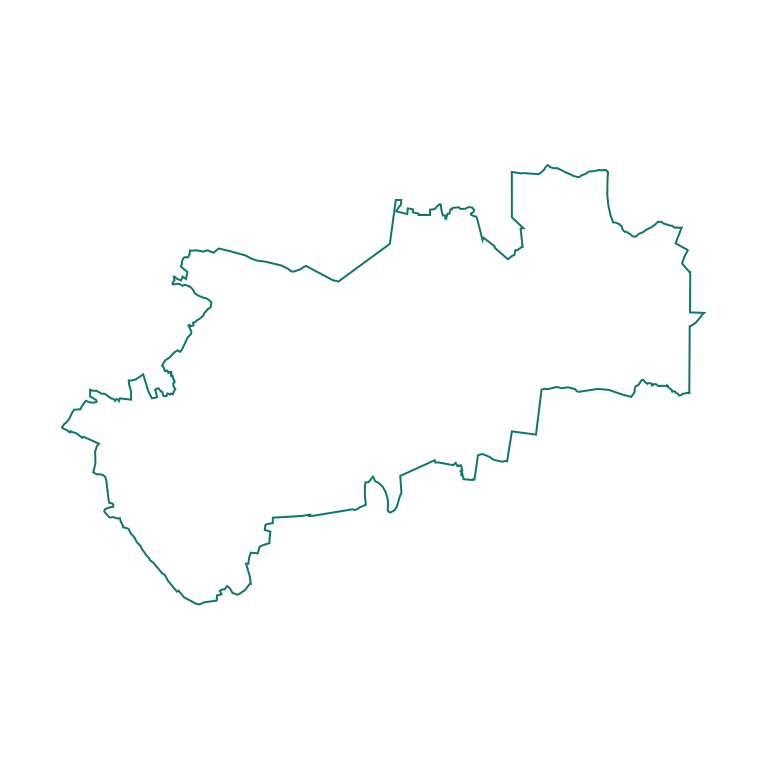 Tileagd, Bihor, Romania (Equal Earth projection), rotated 266°
{"feature_id": "2599482B26148898048823", "entity_name": "Tileagd", "entity_type": "district", "adm_level": 2, "iso_a3": "ROU", "parent_name": "Romania", "parent_adm1": "Bihor", "projection": "equal_earth", "projection_center": [22.211, 47.067], "detail": "fine", "context": "isolated", "style": "outline", "palette": "teal", "viewbox_px": 768, "rotation_deg": 266, "n_neighbors": 0, "source": "geoboundaries", "source_scale": "gbopen_adm2", "svg_char_len": 6114}
<svg xmlns="http://www.w3.org/2000/svg" viewBox="0 0 768 768"><g transform="rotate(266 384 384)"><path d="M519.3,691.8L519.1,690.5L519.4,688.4L519.8,687.7L519.5,687.2L519.8,686.3L519.5,685.5L520.0,684.4L521.7,682.6L522.1,680.4L524.6,674.1L526.4,671.9L526.7,668.5L524.3,665.9L521.6,661.5L519.6,656.4L517.6,653.5L516.1,648.9L513.5,645.6L513.4,644.8L514.2,642.0L516.7,639.8L517.1,638.5L519.1,636.4L518.9,635.0L519.7,634.0L522.4,632.4L524.5,632.2L527.3,629.5L528.9,626.1L529.2,623.8L536.8,621.7L546.3,620.3L556.9,619.9L573.0,621.3L579.7,622.3L579.8,621.8L581.7,620.7L582.3,618.0L581.8,616.1L582.5,613.8L581.7,608.0L581.7,603.3L579.4,599.3L578.2,595.1L577.3,594.3L576.8,592.5L577.1,591.0L578.9,586.2L579.8,585.3L581.7,581.3L587.3,571.9L587.3,568.9L588.8,564.6L589.8,564.3L590.9,562.4L589.0,560.3L586.1,558.2L582.5,553.1L584.6,538.5L584.5,535.7L586.6,526.3L541.3,523.2L529.7,533.9L529.5,531.1L511.1,531.8L511.3,531.3L508.1,526.3L508.4,524.5L503.6,523.0L502.9,520.9L499.8,516.3L512.1,504.0L513.6,504.0L522.9,493.6L520.5,492.4L543.2,488.3L544.8,487.3L545.0,485.6L546.7,482.7L547.5,482.4L548.2,483.0L549.2,485.0L549.9,485.6L551.4,486.0L553.7,484.4L554.5,481.6L554.1,479.2L553.1,477.3L553.2,474.9L553.4,472.3L555.0,471.2L555.0,466.0L554.5,464.0L553.4,463.9L553.6,462.5L549.3,461.1L549.4,459.3L544.4,457.4L545.3,456.6L547.7,457.6L548.0,454.4L553.6,453.4L559.2,453.1L559.4,451.9L558.2,450.0L554.9,446.9L554.7,442.1L549.4,441.7L550.2,430.4L551.4,430.6L553.3,424.8L556.2,425.1L557.5,420.0L551.9,419.0L555.3,408.5L557.3,409.5L560.0,411.7L561.3,413.2L566.3,414.1L566.7,408.6L523.4,399.6L489.4,345.7L491.1,340.3L507.2,314.4L506.1,311.5L504.3,308.9L502.5,302.0L502.6,300.0L503.2,298.6L504.1,298.1L505.5,296.4L509.3,290.1L514.3,274.2L516.0,265.8L518.1,260.9L522.2,254.2L523.7,249.5L525.4,245.3L525.7,243.3L526.6,241.8L530.7,228.5L526.8,223.1L529.7,217.2L528.7,213.0L530.5,206.0L530.4,200.8L530.7,199.7L527.2,199.2L524.1,197.4L524.0,196.2L524.5,194.9L524.2,193.5L522.6,192.1L521.2,191.4L517.8,190.8L515.4,189.5L509.4,195.7L502.5,193.8L505.2,190.6L501.5,188.8L503.1,185.2L505.4,182.9L505.7,181.8L501.9,182.3L500.3,180.6L498.9,179.9L498.0,180.4L498.4,185.3L497.3,188.1L496.1,189.8L496.8,192.4L496.7,193.1L495.0,195.7L495.4,196.3L492.8,199.0L489.8,200.9L487.8,201.5L485.2,204.8L482.4,210.5L482.2,212.2L480.1,215.1L477.5,217.5L473.2,216.6L472.3,216.0L471.3,213.9L467.1,209.6L465.0,208.8L461.5,204.0L460.8,202.2L458.7,199.6L458.6,197.8L455.7,198.1L455.1,194.7L456.5,194.3L456.1,193.0L449.4,195.6L448.1,195.2L447.0,194.7L444.3,191.5L432.9,185.1L430.3,182.8L431.9,180.3L430.1,176.9L425.2,171.6L422.8,167.4L421.0,165.9L417.5,163.9L416.8,164.8L415.7,165.4L412.1,166.4L412.5,168.4L411.7,168.8L411.5,169.5L410.2,169.7L411.0,171.3L410.9,172.6L410.1,172.9L409.1,172.0L406.9,172.2L407.2,173.5L406.3,173.9L404.5,173.7L403.8,174.5L402.5,174.4L401.8,175.1L400.2,175.2L399.8,173.9L397.7,173.7L395.5,174.2L393.4,175.5L390.7,173.5L388.5,172.7L389.3,170.8L388.3,170.0L389.7,167.4L387.0,166.1L387.3,163.2L391.7,162.2L392.2,160.9L395.5,158.7L394.5,155.3L386.9,156.8L386.2,154.5L385.9,151.5L393.4,148.3L410.4,144.5L405.7,136.4L405.1,131.6L405.3,129.6L401.2,129.7L394.3,131.2L386.0,130.6L388.1,119.6L385.5,118.4L387.0,117.7L387.6,116.1L385.9,114.6L387.8,113.4L388.8,110.6L393.7,104.9L394.1,101.3L397.2,97.0L397.7,92.4L398.8,90.5L392.2,89.9L388.4,95.4L386.9,96.1L386.0,95.8L385.7,92.2L386.2,89.1L388.1,85.3L383.0,81.1L380.0,79.4L380.0,73.0L376.7,70.6L371.6,67.9L367.9,64.6L366.3,62.1L363.0,59.7L361.8,61.1L359.6,65.2L358.4,66.1L357.6,67.7L358.7,68.3L357.8,69.6L356.5,73.3L351.4,79.3L352.3,80.6L344.3,95.5L342.1,93.3L336.6,91.1L324.9,90.6L316.1,87.8L314.0,91.0L313.8,91.7L314.0,93.4L312.9,97.1L310.8,99.5L305.4,100.4L298.9,100.5L296.9,100.9L292.7,100.8L284.7,101.5L283.8,104.5L282.7,105.5L280.4,105.4L280.3,103.3L279.5,99.6L278.4,96.8L276.2,96.0L270.0,100.8L270.1,104.5L268.5,108.5L268.5,111.2L265.7,111.6L260.7,113.7L259.2,113.7L258.7,116.0L257.3,119.1L252.7,120.9L247.8,124.7L243.5,126.3L239.8,129.6L236.5,130.9L229.1,135.4L227.4,136.9L224.6,138.4L221.2,141.9L210.4,149.7L209.1,151.6L208.0,152.5L202.7,154.8L191.3,163.0L192.2,164.6L184.9,169.9L180.7,176.9L178.4,180.1L177.1,183.6L177.3,185.6L178.7,188.9L179.6,202.0L184.8,202.7L185.5,207.1L189.2,205.9L190.4,208.5L190.2,210.7L193.4,213.4L190.8,216.1L186.1,218.3L185.3,220.6L184.1,222.6L184.3,224.3L188.2,231.1L194.4,236.5L194.1,237.1L201.7,236.7L214.4,233.8L214.1,236.1L220.6,237.5L225.0,239.4L223.9,246.3L230.3,248.5L231.7,252.2L233.3,258.7L237.7,259.0L244.6,260.4L246.8,254.8L251.8,256.0L252.6,258.9L252.9,263.3L258.4,263.8L258.1,292.8L258.8,300.9L257.6,300.3L257.5,304.3L261.2,343.9L260.4,345.9L260.8,348.4L262.6,351.1L264.8,357.5L273.6,357.1L284.3,357.9L287.2,358.8L287.0,361.6L292.3,366.5L287.5,368.6L285.8,371.7L281.2,375.8L276.0,378.1L269.8,379.5L264.9,379.8L257.7,378.9L256.0,380.0L255.4,381.6L257.4,385.8L260.9,388.3L270.6,391.9L274.4,393.8L291.2,393.8L304.4,429.3L302.1,429.8L302.0,432.6L298.2,447.4L300.3,450.0L297.2,451.4L297.5,452.4L296.8,452.7L297.7,455.0L294.9,455.9L294.0,455.4L292.1,456.1L291.6,455.7L291.7,454.3L291.4,454.2L290.2,455.7L288.6,455.9L288.8,455.0L287.9,454.8L287.4,456.0L286.4,455.9L285.7,456.6L283.5,456.7L282.1,465.6L282.7,465.8L282.4,467.6L306.4,472.8L307.2,476.6L307.0,478.0L303.8,484.4L301.3,487.1L300.2,489.8L298.5,495.5L298.3,497.3L298.7,499.6L298.3,501.4L327.8,508.3L322.9,532.1L367.5,540.8L367.9,544.0L367.5,547.4L369.0,556.1L367.4,561.1L367.9,567.1L365.7,574.2L363.4,575.7L362.6,577.5L364.2,597.3L362.4,607.9L357.0,620.6L353.9,629.7L358.6,633.5L361.8,633.7L364.4,635.1L365.2,637.7L369.3,640.7L370.1,641.9L369.8,643.1L367.6,644.6L365.8,646.9L366.5,647.5L365.8,651.1L363.8,651.3L365.2,653.9L364.7,655.5L362.8,657.5L362.7,663.3L361.9,666.4L362.8,666.4L362.1,667.2L361.6,667.1L360.3,667.9L358.0,670.6L356.2,671.1L356.5,671.9L356.3,673.7L354.5,674.8L354.1,676.1L351.8,677.8L352.3,680.0L353.4,680.8L353.4,683.4L354.1,685.1L353.6,687.9L420.3,693.0L420.4,693.8L423.4,699.3L428.6,704.4L430.5,705.7L432.6,708.3L434.1,694.2L474.2,697.3L474.1,696.7L483.4,689.8L489.6,692.3L496.2,696.4L496.7,696.0L504.0,684.7L519.3,691.8Z" fill="none" stroke="#0f766e" stroke-width="2"/></g></svg>